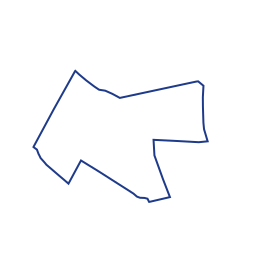 Draganesti-Vlasca, Teleorman, Romania, rotated 42°
{"feature_id": "2599482B23402185147760", "entity_name": "Draganesti-Vlasca", "entity_type": "district", "adm_level": 2, "iso_a3": "ROU", "parent_name": "Romania", "parent_adm1": "Teleorman", "projection": "natural_earth1", "projection_center": [25.499, 44.111], "detail": "fine", "context": "isolated", "style": "outline", "palette": "blue", "viewbox_px": 256, "rotation_deg": 42, "n_neighbors": 0, "source": "geoboundaries", "source_scale": "gbopen_adm2", "svg_char_len": 711}
<svg xmlns="http://www.w3.org/2000/svg" viewBox="0 0 256 256"><g transform="rotate(42 128 128)"><path d="M70.5,205.4L74.8,205.0L79.0,207.2L79.4,207.3L81.7,208.2L83.1,208.8L89.4,209.5L91.9,209.9L109.1,209.5L114.9,209.3L121.0,209.2L114.8,183.6L136.8,179.6L175.9,173.1L180.6,173.0L183.6,171.8L187.1,168.9L189.8,167.5L193.1,168.8L193.4,168.5L205.4,151.3L188.4,142.7L166.0,130.7L154.9,119.7L172.2,105.6L190.1,91.2L196.1,84.6L185.3,78.0L180.5,73.6L169.4,62.0L163.0,55.0L155.8,46.1L148.9,46.4L147.6,47.9L141.5,56.3L101.8,111.1L93.5,113.1L86.1,115.5L80.9,118.9L75.3,119.7L69.6,120.2L64.9,120.6L56.2,120.9L50.6,120.8L50.6,121.1L60.3,163.8L70.4,205.2L70.5,205.4Z" fill="none" stroke="#1e3a8a" stroke-width="2"/></g></svg>